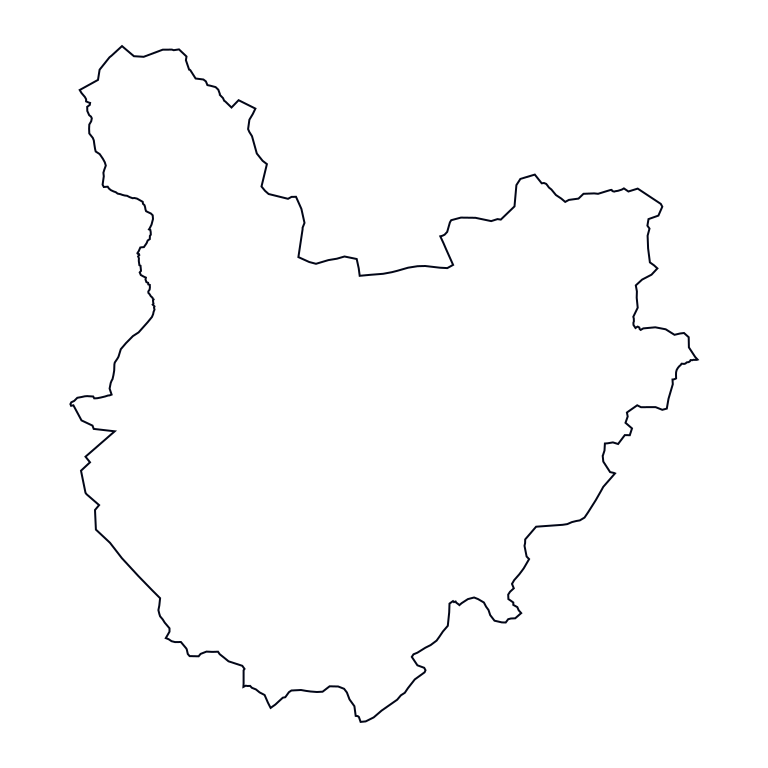 outline of Bauchi, Bauchi, Nigeria
{"feature_id": "59680162B24167581171767", "entity_name": "Bauchi", "entity_type": "district", "adm_level": 2, "iso_a3": "NGA", "parent_name": "Nigeria", "parent_adm1": "Bauchi", "projection": "mercator", "projection_center": [9.889, 10.254], "detail": "fine", "context": "isolated", "style": "outline", "palette": "ink", "viewbox_px": 768, "rotation_deg": 0, "n_neighbors": 0, "source": "geoboundaries", "source_scale": "gbopen_adm2", "svg_char_len": 6035}
<svg xmlns="http://www.w3.org/2000/svg" viewBox="0 0 768 768"><path d="M697.6,359.6L696.4,358.3L695.2,357.0L688.9,347.4L688.7,337.2L684.0,333.0L680.1,333.5L674.5,334.8L665.7,329.3L655.3,327.3L643.3,328.4L640.7,329.9L639.7,329.1L639.3,327.5L637.7,326.6L636.9,327.0L635.5,328.0L633.5,325.0L633.4,322.8L633.9,321.3L633.8,318.5L633.3,316.8L637.7,307.7L636.7,297.7L636.9,291.4L635.8,285.4L642.1,279.6L651.5,274.7L657.4,268.4L654.0,265.3L649.9,262.4L648.1,248.4L647.6,235.7L649.5,228.6L647.4,225.7L648.5,219.1L658.4,215.6L662.3,206.7L660.8,203.9L637.7,188.6L628.4,191.5L623.9,188.4L622.0,189.5L620.9,189.9L618.0,190.8L615.5,191.2L614.5,191.5L614.2,191.6L613.6,191.4L613.0,191.3L612.4,191.0L612.1,190.7L611.8,190.2L611.6,189.9L610.5,190.0L606.8,191.1L598.1,193.8L594.2,193.4L583.5,193.8L578.5,198.6L568.9,199.9L565.2,201.9L561.3,198.6L555.9,195.0L551.4,189.5L548.9,187.5L547.4,185.4L546.2,183.9L544.0,183.0L541.7,183.3L534.8,174.6L520.4,178.9L516.4,185.1L514.5,206.4L500.8,219.6L497.5,219.1L491.2,221.1L475.4,217.8L460.9,217.6L451.2,220.2L449.9,222.4L447.2,231.9L444.6,234.7L442.3,235.8L440.3,236.3L443.5,243.2L446.0,249.0L453.1,264.9L447.3,268.1L439.9,267.7L425.2,266.0L417.6,266.2L408.1,267.7L397.3,270.8L391.8,272.2L383.1,273.8L370.5,274.8L359.7,275.8L358.7,268.2L356.7,259.0L344.5,256.5L336.9,258.7L328.4,260.1L316.0,263.8L309.2,262.0L298.4,257.1L302.6,229.2L302.6,227.7L304.5,222.9L301.4,208.9L296.0,196.8L291.5,196.9L288.0,198.8L268.6,194.0L265.0,190.8L261.5,186.5L266.9,164.1L262.6,160.8L256.8,153.5L252.0,136.2L249.3,131.9L248.1,129.1L249.4,119.7L252.8,114.0L255.4,108.6L238.6,100.2L231.5,107.5L225.2,101.4L224.2,100.8L223.0,98.1L219.8,94.8L219.9,94.1L218.3,89.7L215.6,87.1L210.3,85.7L207.4,85.1L205.9,81.4L203.4,79.5L195.6,78.5L190.4,70.3L189.7,69.7L189.1,69.6L185.9,60.2L186.5,56.5L179.0,49.4L173.7,50.2L171.9,49.6L162.7,49.7L143.7,56.8L133.9,56.2L122.0,46.1L111.4,55.8L109.5,57.3L99.6,69.7L98.0,79.9L79.7,90.0L81.5,93.0L84.9,97.0L86.1,99.2L86.1,101.4L88.9,102.6L90.1,102.9L89.8,104.9L87.2,106.8L87.3,111.0L89.2,115.2L91.0,116.6L91.8,118.3L91.2,121.3L89.3,124.5L89.1,128.7L89.3,133.5L92.8,137.9L93.8,140.4L94.3,144.1L95.1,149.1L95.7,151.5L99.7,154.1L102.9,158.8L104.8,162.3L105.8,165.6L104.3,169.7L103.4,172.8L103.8,176.3L103.2,180.4L102.6,184.7L103.8,187.0L107.7,186.7L108.9,188.5L110.8,190.1L113.5,191.4L115.8,192.2L117.6,193.6L120.5,194.2L122.4,194.9L124.7,195.5L127.1,195.8L129.6,197.1L132.6,198.2L134.4,198.0L137.0,198.6L142.7,201.8L143.0,203.8L144.5,205.2L145.1,207.2L145.5,209.5L146.1,211.2L148.3,212.3L150.9,213.5L152.7,215.3L153.0,219.0L151.5,224.7L149.8,228.1L149.0,229.4L150.3,229.9L150.7,232.0L150.8,234.7L149.9,235.9L149.8,239.1L147.7,240.5L146.6,243.2L143.9,247.1L141.5,247.3L140.3,247.5L138.7,251.2L137.4,253.2L137.8,253.8L139.0,254.1L139.3,255.1L138.1,256.4L138.9,258.2L138.8,261.0L139.4,265.2L140.5,265.7L141.0,270.9L139.7,272.4L140.8,275.0L143.7,276.6L145.9,277.6L145.5,279.5L146.1,281.2L146.4,282.1L148.1,282.8L148.3,284.4L149.8,284.9L149.9,287.6L149.6,289.7L148.8,290.6L148.3,291.6L148.4,292.9L149.6,294.2L150.8,296.2L152.5,297.7L152.8,298.8L153.6,299.4L153.0,300.5L153.2,302.5L153.5,303.7L152.7,304.6L154.5,306.4L154.0,307.7L154.5,309.6L153.6,311.8L153.1,314.3L152.5,315.6L152.0,316.9L147.6,322.3L138.6,332.4L132.9,336.1L126.0,343.1L120.8,349.2L118.5,356.7L117.5,358.5L114.8,362.5L114.4,364.3L114.2,370.5L113.4,375.3L112.5,379.2L111.7,380.5L110.7,383.0L109.6,388.6L111.6,394.6L109.5,395.4L108.1,395.5L105.0,396.5L100.8,397.5L97.3,398.2L95.7,398.3L94.2,398.3L93.2,396.5L88.2,396.2L87.4,396.1L84.8,396.3L81.6,397.0L77.3,397.8L74.2,400.9L71.3,402.3L70.4,404.1L71.1,405.8L73.4,405.3L81.5,420.4L92.5,425.6L93.7,428.9L114.7,431.3L85.5,456.7L90.0,462.3L81.0,470.7L85.5,492.8L86.6,494.3L99.1,505.1L95.0,510.0L95.9,529.6L110.0,542.8L121.9,558.2L138.6,576.3L152.3,590.4L160.1,598.2L159.3,605.6L158.4,610.1L159.3,613.8L160.1,616.3L162.7,619.4L164.7,622.6L169.5,628.3L169.5,631.7L165.8,638.1L168.6,639.2L171.6,641.2L175.1,642.1L180.9,642.0L186.4,648.6L186.8,649.6L187.8,654.0L189.6,656.1L198.6,656.3L200.6,653.9L206.5,651.6L212.5,651.9L218.0,651.7L219.7,654.2L223.5,657.2L228.5,661.3L242.3,665.8L244.5,668.9L243.6,670.3L243.6,683.7L243.4,686.9L245.7,685.7L247.6,686.0L250.1,685.9L251.9,687.8L255.9,689.4L259.6,692.4L264.6,695.0L267.9,702.6L270.6,707.9L275.3,704.6L279.3,700.9L282.8,697.7L285.3,697.2L288.9,692.2L291.4,690.5L301.0,690.0L306.1,690.9L310.6,691.5L316.9,692.0L322.6,691.7L329.6,686.3L338.2,686.5L344.1,688.8L346.9,692.5L349.5,699.4L354.4,706.2L355.7,715.9L357.7,716.1L358.9,717.0L359.9,719.9L360.6,721.9L365.7,721.4L373.7,717.4L381.6,710.6L397.2,699.7L400.9,695.3L404.8,692.8L407.9,688.2L414.8,679.4L424.6,672.3L425.5,670.2L424.2,667.8L417.4,665.3L411.8,656.9L413.5,654.3L417.4,652.7L425.4,647.7L430.6,645.1L436.6,640.6L439.4,636.7L442.9,631.5L447.8,625.8L449.2,612.3L449.5,603.6L453.0,601.1L454.0,602.1L455.0,601.7L455.6,601.5L456.2,602.6L458.9,604.6L459.4,605.1L461.6,603.2L467.9,599.1L474.1,597.5L478.1,599.1L483.9,602.5L486.1,606.7L488.5,610.0L490.2,615.1L494.5,620.7L501.9,622.4L505.7,622.5L508.2,619.2L510.9,618.5L515.2,618.3L521.2,613.1L518.7,610.3L517.3,607.1L513.3,604.9L513.3,602.5L510.5,600.5L508.4,599.1L508.2,594.6L510.0,591.8L513.8,588.3L512.0,583.9L514.2,580.1L519.3,574.3L523.7,568.4L529.1,559.1L526.6,556.5L524.5,545.8L525.1,543.1L525.2,539.4L536.1,526.7L562.7,524.8L567.3,524.1L571.9,522.1L576.3,521.0L579.8,520.4L584.5,517.6L588.1,512.3L595.8,500.1L601.1,490.8L603.3,486.8L615.0,473.4L613.8,472.9L610.1,472.1L603.3,461.6L602.7,455.8L602.9,455.5L604.5,450.5L604.9,443.5L607.6,443.3L612.9,442.4L618.1,444.0L624.8,435.1L629.8,435.2L632.0,428.4L625.5,422.8L627.7,416.5L626.9,412.5L637.2,405.3L641.0,407.2L655.5,407.1L662.3,409.8L666.8,408.6L668.5,398.8L672.8,384.2L672.5,379.5L673.6,379.4L674.3,379.2L675.1,378.9L676.1,378.4L676.0,374.6L676.1,372.2L676.7,369.9L677.9,367.9L679.2,366.3L680.5,365.2L681.6,363.7L684.2,363.9L685.5,363.5L686.7,362.4L688.7,362.1L689.9,361.3L690.6,360.1L692.3,360.2L693.5,359.8L695.0,359.9L696.7,359.9L697.6,359.6Z" fill="none" stroke="#020617" stroke-width="2"/></svg>